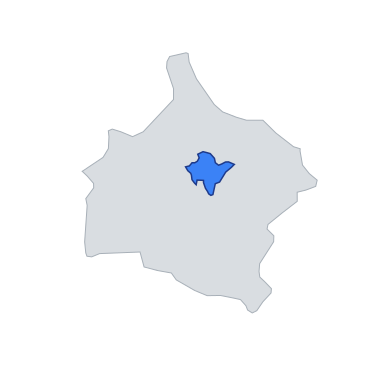 Mališevo highlighted on a map of Kosovo, rotated 159°
{"feature_id": "KOS-5911", "entity_name": "Mališevo", "entity_type": "District", "adm_level": 1, "iso_a3": "XKX", "parent_name": "Kosovo", "parent_adm1": "", "projection": "orthographic", "projection_center": [20.745, 42.495], "detail": "fine", "context": "in_parent", "style": "filled", "palette": "blue", "viewbox_px": 384, "rotation_deg": 159, "n_neighbors": 0, "source": "natural_earth", "source_scale": "10m", "svg_char_len": 1515}
<svg xmlns="http://www.w3.org/2000/svg" viewBox="0 0 384 384"><g transform="rotate(159 192 192)"><path d="M115.2,140.2L132.7,134.5L135.2,130.5L131.3,121.8L133.6,116.3L154.5,100.9L157.9,93.8L159.2,88.3L156.4,82.5L152.5,73.3L154.4,69.4L165.2,64.1L174.0,58.0L179.1,57.5L182.4,61.9L182.4,66.5L185.3,74.2L191.7,78.4L202.5,85.2L215.0,89.8L224.8,99.1L238.2,115.6L240.3,123.8L252.4,131.1L263.6,139.2L262.0,154.6L300.3,167.6L308.9,167.4L313.1,169.7L313.0,173.2L310.1,183.9L294.7,217.0L293.5,223.9L282.3,231.1L280.8,235.3L284.1,244.4L287.1,250.7L286.8,250.7L262.6,256.2L254.5,262.5L249.7,273.4L248.2,279.1L243.9,279.3L236.8,273.7L227.7,265.0L216.0,265.7L176.1,285.0L172.2,295.1L171.3,316.9L168.6,322.7L164.3,326.5L147.7,324.1L146.0,322.7L148.1,314.3L147.3,296.0L139.9,265.7L134.7,255.8L123.8,245.9L115.3,239.4L100.1,233.6L92.5,216.9L81.0,197.9L75.5,193.6L76.4,191.7L79.2,177.5L75.9,167.1L70.9,158.2L74.5,152.9L85.1,153.0L93.9,154.1L97.1,145.6L115.2,140.2Z" fill="#d9dde1" stroke="#a8b0b8" stroke-width="1"/><path d="M173.4,182.1L175.6,182.1L177.1,184.3L177.3,186.9L178.1,190.6L177.9,196.6L177.1,198.7L178.6,199.4L183.0,201.3L185.5,197.3L186.5,199.6L187.6,203.5L186.5,208.0L186.5,210.0L188.3,213.4L189.0,217.8L185.1,217.3L181.5,219.3L178.9,218.3L176.0,218.8L173.1,221.3L173.1,225.2L167.3,225.7L164.4,223.7L161.2,221.3L159.0,215.4L159.7,211.0L157.6,207.5L154.3,207.5L150.0,208.0L147.1,207.0L142.6,202.6L146.4,200.9L153.4,198.5L162.7,191.4L167.3,191.4L173.4,182.1Z" fill="#3b82f6" stroke="#1e3a8a" stroke-width="1.5"/></g></svg>